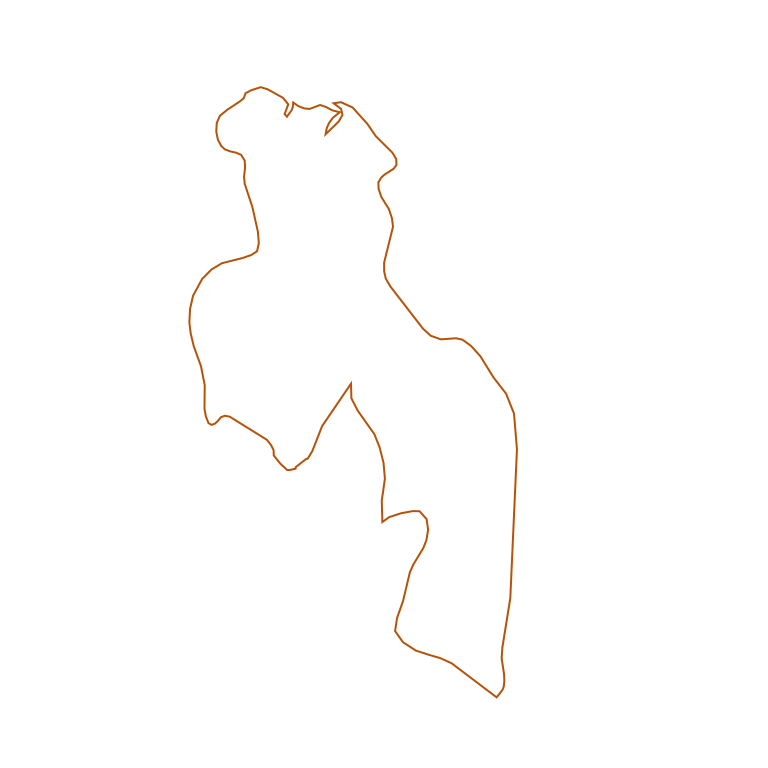 Long An, orthographic projection, rotated 229°
{"feature_id": "VNM-503", "entity_name": "Long An", "entity_type": "Province", "adm_level": 1, "iso_a3": "VNM", "parent_name": "Vietnam", "parent_adm1": "", "projection": "orthographic", "projection_center": [106.273, 10.719], "detail": "fine", "context": "isolated", "style": "outline", "palette": "amber", "viewbox_px": 768, "rotation_deg": 229, "n_neighbors": 0, "source": "natural_earth", "source_scale": "10m", "svg_char_len": 1971}
<svg xmlns="http://www.w3.org/2000/svg" viewBox="0 0 768 768"><g transform="rotate(229 384 384)"><path d="M176.7,228.9L190.3,230.3L198.8,240.3L207.8,256.1L225.0,280.1L228.6,287.9L234.4,306.0L238.2,313.4L245.1,321.7L254.1,327.5L264.6,327.4L269.3,322.2L275.3,312.0L280.1,300.6L280.9,292.2L297.8,306.1L302.5,311.7L312.0,322.6L324.8,331.9L339.0,339.1L352.5,343.8L381.3,346.7L394.6,350.0L405.9,359.3L392.8,309.6L380.3,285.7L377.7,277.3L378.5,276.2L379.2,262.9L378.1,261.7L381.0,256.4L382.6,254.5L391.6,253.5L402.4,253.9L406.5,257.3L411.7,258.6L418.7,259.0L460.6,246.1L464.5,243.0L465.9,239.1L465.1,234.4L465.0,230.3L466.4,226.9L469.7,225.9L476.4,228.3L483.0,232.2L500.7,247.9L517.4,257.5L537.3,265.2L549.0,271.3L558.2,277.5L567.9,286.9L575.9,297.8L582.6,315.7L583.6,328.9L581.5,340.9L571.9,359.9L568.4,368.6L567.5,375.3L572.4,381.9L581.8,388.8L603.8,400.7L626.4,410.2L632.1,414.2L638.8,421.4L644.0,425.4L650.7,426.5L655.7,424.1L660.4,420.6L665.3,417.9L670.5,417.3L677.3,418.9L684.4,422.9L690.8,429.1L694.1,436.2L693.8,445.6L691.8,461.0L691.7,465.6L694.3,470.3L692.8,476.6L688.9,485.7L682.6,489.6L666.2,495.5L657.9,495.2L652.9,486.1L649.4,486.1L651.2,493.7L652.8,496.8L656.0,500.2L650.4,501.5L644.7,504.3L640.4,508.3L636.5,518.8L631.3,521.9L624.5,524.5L618.1,528.9L618.5,520.2L617.0,513.6L614.5,508.4L610.8,503.8L611.8,521.9L614.3,529.2L619.8,532.1L628.9,530.2L624.9,536.4L613.3,541.7L591.4,542.1L576.4,540.4L552.9,542.1L545.8,540.8L541.2,537.2L540.1,532.5L541.7,521.9L541.6,517.1L539.9,512.1L534.9,508.0L527.0,504.7L512.7,502.4L503.8,498.7L496.8,494.0L475.5,463.7L468.9,458.0L462.4,454.5L453.6,452.8L400.3,449.7L389.8,450.9L380.4,456.2L371.3,468.3L366.0,472.3L355.5,474.7L341.5,474.9L316.8,470.9L296.6,469.8L276.4,462.7L247.5,441.5L139.5,338.8L107.5,300.5L99.9,292.9L86.2,284.2L80.7,279.8L77.0,275.8L75.5,272.9L74.1,266.2L73.7,263.4L121.3,253.4L128.9,251.8L140.4,246.5L150.0,240.3L150.2,240.2L162.0,233.1L176.7,228.9Z" fill="none" stroke="#b45309" stroke-width="2"/></g></svg>